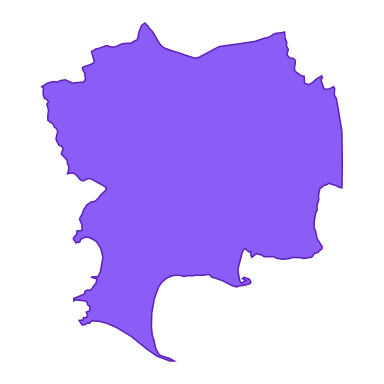 Viamão, Rio Grande do Sul, Brazil
{"feature_id": "56859067B37980844021564", "entity_name": "Viamão", "entity_type": "district", "adm_level": 2, "iso_a3": "BRA", "parent_name": "Brazil", "parent_adm1": "Rio Grande do Sul", "projection": "robinson", "projection_center": [-50.925, -30.204], "detail": "fine", "context": "isolated", "style": "filled", "palette": "violet", "viewbox_px": 384, "rotation_deg": 0, "n_neighbors": 0, "source": "geoboundaries", "source_scale": "gbopen_adm2", "svg_char_len": 4041}
<svg xmlns="http://www.w3.org/2000/svg" viewBox="0 0 384 384"><path d="M62.7,80.2L60.0,80.6L58.4,81.8L56.3,82.0L53.4,81.6L51.3,82.1L49.3,82.6L46.9,83.3L45.0,84.7L43.3,85.7L41.7,86.7L43.4,87.9L43.2,91.4L43.1,94.5L44.4,98.4L46.7,99.3L48.6,101.9L46.8,104.1L47.8,107.5L48.4,109.6L48.3,112.4L47.8,115.2L47.8,117.5L47.8,120.1L49.5,121.7L51.3,122.7L53.3,124.5L54.3,127.0L56.8,128.9L57.7,131.6L57.1,133.5L56.7,135.9L56.0,138.2L56.5,140.8L57.8,142.9L58.6,144.9L60.3,145.8L62.2,146.7L63.0,149.4L61.9,151.8L61.3,154.0L62.8,155.7L65.6,158.5L67.4,160.8L67.4,163.6L68.6,165.8L68.8,168.6L68.2,171.7L67.5,173.7L69.5,173.2L72.5,173.1L74.4,173.5L76.5,175.2L78.2,177.2L79.6,179.1L81.5,180.5L83.8,180.8L85.5,179.8L88.2,178.6L90.6,178.7L93.2,180.2L94.8,181.0L103.9,186.0L106.4,187.7L105.4,190.7L103.2,192.6L101.6,194.1L99.6,196.3L98.5,198.0L96.9,199.6L95.4,201.0L93.7,201.6L91.1,201.9L88.9,203.6L86.9,204.8L85.5,207.2L83.7,209.5L82.7,212.5L81.9,214.8L80.5,216.7L79.5,219.3L80.6,221.6L81.9,224.6L81.9,227.3L82.4,230.3L79.1,230.9L77.0,230.9L76.8,234.1L74.8,236.2L73.2,238.6L75.9,242.9L79.8,242.0L80.7,239.3L85.7,237.0L89.1,237.5L93.3,239.5L96.4,241.6L97.9,243.9L100.6,248.0L101.2,250.5L102.1,253.6L102.9,257.3L100.5,271.3L99.2,274.2L98.2,276.5L91.0,277.1L97.0,279.0L95.8,283.7L93.7,285.7L92.3,288.2L90.4,290.3L87.5,290.0L84.9,291.4L84.6,293.9L73.8,298.4L73.8,300.8L75.7,299.9L84.7,300.8L87.1,302.0L87.6,304.8L90.0,306.8L89.7,310.7L86.2,312.2L87.7,315.2L85.8,317.8L83.5,317.6L83.0,320.0L79.1,320.4L82.2,325.1L85.3,324.6L87.3,322.9L89.5,323.4L91.6,320.8L99.1,321.3L107.0,323.3L115.9,327.2L130.8,336.1L147.3,349.4L156.9,356.1L165.8,359.5L169.8,361.0L174.2,361.0L169.4,358.2L167.0,357.7L164.7,356.9L161.8,355.9L159.3,354.9L155.8,348.8L153.8,339.7L152.3,335.5L151.4,326.5L151.8,313.0L154.2,299.2L156.5,292.7L158.7,286.7L161.6,282.5L166.6,278.2L170.3,276.4L174.2,275.4L179.3,275.1L184.0,276.5L187.9,275.7L193.7,275.7L195.8,275.1L202.8,275.3L208.6,274.4L210.5,275.4L212.0,277.4L215.9,278.3L223.3,281.0L225.8,282.4L231.9,285.6L236.8,287.0L239.3,285.7L242.8,285.6L249.5,283.9L250.9,282.6L250.3,280.5L249.0,279.0L244.1,277.3L242.3,278.7L246.0,280.4L243.8,281.5L241.7,283.4L240.0,281.1L239.3,278.4L238.1,271.7L238.1,268.5L242.0,253.5L242.5,251.6L243.9,249.3L245.8,249.0L248.7,251.9L250.9,251.6L250.8,254.9L251.9,257.3L256.5,253.6L258.2,254.3L261.5,254.9L264.2,256.7L266.8,256.7L273.8,256.7L276.7,258.2L282.2,259.3L288.8,258.7L292.9,257.5L299.9,257.6L303.7,258.5L311.2,257.3L312.8,256.2L314.1,253.7L317.9,252.4L319.3,250.9L321.8,249.0L322.2,246.6L317.1,238.7L315.4,230.2L314.1,228.5L314.2,225.3L314.3,220.9L315.3,214.7L316.0,212.1L317.1,210.4L317.1,205.1L318.8,199.4L318.5,195.1L319.9,188.7L324.2,185.4L326.9,184.7L328.6,183.3L336.6,185.8L339.2,187.3L342.0,187.8L342.3,161.4L341.9,131.5L338.4,109.9L336.3,98.3L334.3,95.0L334.6,88.3L333.5,86.6L332.0,87.7L328.2,89.2L324.1,89.1L320.8,79.6L322.3,78.1L321.8,75.8L316.6,78.8L312.4,82.7L308.7,84.7L304.3,83.0L304.5,80.4L304.1,76.2L301.3,75.7L294.9,71.1L294.4,67.9L295.4,62.5L294.9,59.6L293.3,58.5L289.8,57.9L287.0,54.8L288.3,49.3L286.4,45.8L286.8,42.5L285.0,37.9L284.6,32.0L279.7,33.0L276.3,33.2L273.6,34.2L268.8,37.3L264.3,38.2L254.8,41.4L240.6,43.6L222.9,46.0L219.7,46.5L217.5,47.4L213.9,49.3L208.2,52.4L203.9,54.6L198.6,57.5L196.2,58.2L193.7,57.8L186.8,55.6L183.7,54.6L181.6,53.7L178.4,52.7L174.4,51.5L170.9,50.4L166.3,48.7L164.4,48.0L162.9,47.1L161.4,45.8L159.7,43.7L157.8,40.7L156.2,37.8L154.4,34.8L152.4,31.4L150.1,29.2L148.8,27.7L147.9,25.9L146.4,24.7L145.1,23.0L143.4,24.0L141.5,25.5L140.8,27.3L140.0,29.6L139.1,31.4L138.6,34.0L137.9,37.6L137.1,39.9L135.1,40.6L133.2,41.8L130.8,43.3L127.0,43.3L123.3,43.5L120.4,44.5L117.7,45.8L115.3,46.9L112.7,47.0L110.5,46.9L108.3,45.9L106.0,45.7L104.1,46.5L101.9,47.2L98.9,48.4L95.8,48.9L94.0,50.3L91.5,51.4L92.1,53.9L93.0,57.0L94.0,60.1L94.1,62.7L89.4,65.0L84.5,66.5L82.5,67.5L82.7,69.6L83.8,71.7L84.9,73.3L84.8,75.7L85.6,78.3L84.6,80.7L83.2,82.4L79.9,82.2L77.3,82.7L75.0,82.8L72.5,83.3L70.0,81.7L67.2,80.8L65.5,79.8L62.7,80.2Z" fill="#8b5cf6" stroke="#5b21b6" stroke-width="1.5"/></svg>